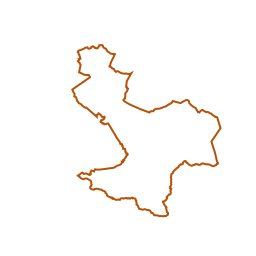 Atzacan, Veracruz, Mexico, rotated 134°
{"feature_id": "50627088B93349532153304", "entity_name": "Atzacan", "entity_type": "district", "adm_level": 2, "iso_a3": "MEX", "parent_name": "Mexico", "parent_adm1": "Veracruz", "projection": "natural_earth1", "projection_center": [-97.077, 18.934], "detail": "fine", "context": "isolated", "style": "outline", "palette": "amber", "viewbox_px": 256, "rotation_deg": 134, "n_neighbors": 0, "source": "geoboundaries", "source_scale": "gbopen_adm2", "svg_char_len": 5785}
<svg xmlns="http://www.w3.org/2000/svg" viewBox="0 0 256 256"><g transform="rotate(134 128 128)"><path d="M181.9,82.1L180.7,81.5L179.2,80.4L179.3,79.7L178.8,79.0L178.2,79.0L177.6,78.3L177.5,77.6L176.9,77.2L175.8,77.0L175.2,76.7L175.1,76.0L175.2,75.6L174.7,75.4L173.7,73.6L174.8,72.0L174.5,71.6L175.7,70.2L176.1,69.4L177.2,68.8L176.9,67.2L177.4,66.0L177.8,65.3L178.4,63.9L177.6,62.5L176.9,61.1L176.2,60.4L175.2,60.0L174.5,59.1L173.7,57.4L172.5,55.8L172.1,54.9L172.8,52.3L172.2,51.6L172.1,50.2L172.4,49.4L172.5,48.4L172.1,47.9L171.7,47.8L171.0,46.7L170.4,46.1L169.5,44.1L168.2,42.9L167.6,42.1L166.8,41.1L166.2,40.9L165.3,39.7L164.6,39.5L163.6,39.4L162.9,39.1L162.1,39.4L161.2,40.3L161.4,41.3L161.4,41.7L159.2,44.8L159.2,44.7L158.5,45.0L158.2,46.3L158.2,47.3L157.6,49.6L156.7,50.9L157.0,51.3L156.6,51.7L156.1,51.2L155.6,51.2L153.8,50.8L153.8,50.6L152.6,50.7L151.3,51.2L150.8,51.8L150.8,52.2L147.3,52.3L146.9,51.8L146.4,51.6L145.8,51.6L145.2,52.0L144.5,52.6L143.8,53.8L142.6,54.1L142.0,54.4L141.7,54.8L142.1,55.5L141.9,55.5L140.8,56.8L140.9,57.0L139.7,57.1L138.6,57.5L138.2,58.2L136.4,59.8L135.7,60.7L134.5,61.5L133.9,62.9L132.4,63.5L131.9,64.3L130.9,64.7L130.2,64.7L129.4,64.4L128.5,65.0L125.6,65.2L124.4,64.9L123.9,65.1L121.9,64.8L121.2,64.5L120.8,64.6L120.0,65.1L119.0,64.9L118.0,64.9L117.5,64.5L117.1,64.6L116.8,63.9L115.9,63.6L114.9,64.3L113.0,64.5L111.8,63.7L112.0,62.7L112.2,62.4L112.2,61.9L111.8,61.1L112.0,60.1L111.9,58.2L111.5,57.0L110.7,55.7L109.5,55.4L108.1,54.5L107.2,54.5L106.5,53.4L105.6,52.7L105.6,51.8L104.5,50.6L102.5,50.3L101.8,49.9L100.8,48.4L100.7,48.0L99.4,46.1L98.0,44.5L97.5,43.4L97.2,42.3L96.8,41.0L96.2,40.0L93.4,38.9L92.3,39.2L91.8,38.8L91.1,38.6L90.6,39.2L90.3,40.6L89.5,41.9L85.3,48.4L79.8,58.6L63.9,61.3L58.4,71.2L59.1,72.8L59.4,72.9L59.4,73.9L59.9,76.6L59.8,78.1L60.5,79.3L60.7,80.7L61.0,81.7L62.3,82.8L63.0,85.5L63.1,86.4L63.4,87.2L63.9,87.4L65.9,87.6L66.8,87.6L67.2,87.5L67.4,88.2L68.0,88.6L67.1,92.0L66.6,93.2L67.3,95.3L67.7,98.9L67.6,101.1L66.4,102.9L66.4,103.4L66.5,104.3L66.8,104.9L67.4,105.5L69.4,106.3L73.6,107.5L77.6,114.6L78.9,114.1L80.6,114.3L83.2,115.2L86.3,115.8L87.7,116.7L89.4,117.4L92.1,118.8L92.7,119.2L93.9,120.5L96.1,121.7L96.9,121.8L97.7,121.5L98.4,121.5L100.3,123.4L102.0,123.4L106.0,132.6L107.3,136.3L108.6,139.6L110.1,144.0L111.0,147.9L111.3,150.3L110.5,151.0L108.9,150.6L106.4,152.6L105.2,153.9L102.9,154.2L99.9,155.1L100.2,156.1L99.3,156.8L99.7,157.9L95.2,161.4L86.3,163.7L87.3,164.0L88.4,164.6L89.3,165.8L90.2,167.4L90.7,167.6L91.7,168.7L93.3,171.0L93.9,173.8L94.4,175.0L96.1,175.8L96.0,177.4L95.4,179.2L95.6,179.8L96.0,180.4L96.1,181.1L95.9,181.2L95.9,182.1L96.3,183.4L96.7,183.9L96.4,184.3L95.7,184.2L94.0,185.2L91.4,186.3L87.4,187.5L86.3,188.0L84.0,188.7L84.2,189.3L85.4,190.4L85.7,191.1L86.3,191.8L86.7,192.7L86.7,194.1L87.1,195.9L86.9,197.4L86.5,198.1L86.5,199.1L87.1,201.5L86.6,203.0L86.2,203.4L86.3,204.1L86.5,204.3L88.5,206.1L88.9,205.7L89.2,205.6L89.9,205.6L90.7,205.4L91.7,205.4L91.7,205.6L92.4,205.8L93.0,206.7L93.1,207.9L93.4,207.9L93.4,209.5L93.6,209.9L94.5,210.5L94.9,210.6L95.0,210.4L96.3,210.3L97.6,210.7L98.4,211.7L98.3,213.2L98.6,213.2L98.9,213.6L100.0,214.6L101.7,214.8L103.0,215.5L103.8,215.7L107.0,217.4L108.2,216.9L108.1,216.4L108.8,215.1L109.0,215.0L109.0,214.3L110.1,212.2L110.4,211.6L111.1,211.0L111.1,210.5L111.5,210.4L111.8,210.7L112.4,211.1L112.4,210.6L114.8,210.4L114.8,207.8L115.3,207.4L115.3,206.2L116.0,205.6L121.9,201.9L121.6,200.7L121.3,200.3L121.2,200.0L120.1,196.8L120.1,196.5L118.1,194.1L117.9,193.7L117.2,193.1L117.1,192.5L117.9,190.6L139.0,194.8L139.3,194.1L139.6,193.2L139.8,192.9L140.2,192.0L140.4,190.5L141.3,189.4L142.6,188.6L142.0,186.8L142.4,185.6L143.2,184.7L143.2,184.4L143.9,183.2L143.8,182.6L144.0,182.4L143.9,181.9L144.3,180.9L144.2,180.4L143.8,179.3L143.5,177.9L143.7,177.4L143.6,175.0L142.8,172.3L142.3,172.1L141.6,158.3L140.4,159.7L139.8,159.5L139.1,158.9L138.3,158.9L137.9,159.2L137.6,156.6L137.6,156.0L138.0,155.3L138.0,154.3L137.4,153.5L136.3,152.8L136.5,152.3L136.8,152.0L137.2,151.8L137.5,152.0L138.5,152.0L138.7,151.5L139.8,151.9L139.8,152.0L141.1,152.7L141.5,152.4L142.5,152.1L142.3,151.5L142.6,151.3L142.5,151.0L142.2,150.2L142.5,149.6L142.1,149.0L141.6,148.8L141.9,147.7L140.3,146.5L139.3,146.2L138.5,145.2L141.6,133.6L143.0,128.8L143.7,124.5L144.8,122.4L144.5,122.0L143.8,121.6L144.3,120.1L144.6,120.3L145.0,119.4L144.9,119.3L145.2,118.6L145.3,118.6L145.8,117.6L146.3,117.0L145.0,115.7L146.9,113.4L146.7,113.1L147.7,111.3L146.9,111.0L147.0,110.0L147.5,109.7L149.5,109.7L149.8,109.5L150.4,109.5L150.6,109.3L151.1,109.4L151.4,109.1L153.6,109.0L153.8,108.5L154.5,108.9L154.8,108.4L155.3,108.1L155.6,108.1L155.6,108.3L155.8,108.1L156.1,108.3L155.9,108.6L156.2,108.8L156.4,108.6L156.5,108.8L156.7,108.4L156.9,108.6L158.2,108.0L159.4,108.0L161.6,108.9L162.6,109.6L166.5,110.6L176.8,118.8L179.3,121.2L180.7,123.1L182.8,122.2L183.1,122.8L183.3,123.5L184.0,124.8L186.4,123.9L186.2,123.6L186.3,123.4L187.0,122.9L187.1,122.7L187.7,122.7L187.8,123.2L188.7,123.3L189.3,125.4L189.8,126.5L190.6,127.3L191.3,127.5L191.8,127.9L191.8,128.3L191.6,128.9L191.8,129.9L192.0,130.1L194.9,130.4L196.3,130.9L197.1,131.0L196.8,128.7L196.7,128.0L196.9,127.5L196.8,126.8L196.0,124.8L195.4,124.2L194.1,123.7L193.3,123.0L192.7,121.9L192.6,121.4L192.5,120.9L192.0,119.0L192.0,118.2L192.1,117.6L192.9,116.4L193.8,115.6L194.0,114.9L195.0,114.2L196.3,114.4L196.9,114.1L197.5,113.3L197.6,112.5L196.5,110.1L196.3,109.8L195.3,109.7L193.5,108.4L192.4,106.8L192.1,105.9L190.8,104.5L190.8,103.8L190.6,102.6L189.9,101.4L189.8,100.1L189.9,99.5L190.3,99.2L190.4,98.9L190.3,97.2L191.0,96.4L191.2,95.3L190.1,92.5L189.7,90.4L189.0,90.9L188.7,89.6L189.1,89.3L188.6,88.5L188.1,86.9L187.8,86.4L186.5,85.6L185.3,83.9L184.3,84.3L183.1,83.9L182.0,82.8L181.9,82.1Z" fill="none" stroke="#b45309" stroke-width="2"/></g></svg>